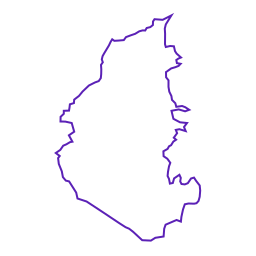 the district of Riozinho, Rio Grande do Sul, Brazil
{"feature_id": "56859067B78422822608746", "entity_name": "Riozinho", "entity_type": "district", "adm_level": 2, "iso_a3": "BRA", "parent_name": "Brazil", "parent_adm1": "Rio Grande do Sul", "projection": "natural_earth1", "projection_center": [-50.384, -29.607], "detail": "fine", "context": "isolated", "style": "outline", "palette": "violet", "viewbox_px": 256, "rotation_deg": 0, "n_neighbors": 0, "source": "geoboundaries", "source_scale": "gbopen_adm2", "svg_char_len": 1860}
<svg xmlns="http://www.w3.org/2000/svg" viewBox="0 0 256 256"><path d="M198.5,201.0L199.7,196.8L200.2,190.6L199.7,185.5L196.0,180.7L194.0,177.6L191.0,178.5L187.8,183.2L184.8,184.4L181.5,184.0L180.2,181.4L180.8,177.9L179.4,174.8L174.1,178.4L172.8,183.0L169.9,183.6L169.0,178.9L167.6,176.0L168.0,171.8L169.0,166.4L170.3,162.8L167.3,158.7L163.6,156.2L163.4,151.3L167.6,148.9L169.0,146.3L171.1,145.2L173.3,141.6L176.1,139.7L173.8,137.7L177.1,133.2L175.8,129.9L179.4,129.2L185.7,131.1L184.0,127.0L187.0,123.0L180.0,122.3L173.4,118.8L172.4,114.6L171.5,110.8L178.7,109.4L185.1,111.3L189.2,109.8L185.2,107.2L182.1,106.0L176.3,106.8L175.3,103.2L172.0,99.9L171.4,96.0L169.3,91.7L168.5,86.9L168.5,80.3L166.1,77.3L166.0,72.1L171.2,68.4L175.3,67.2L178.6,65.9L180.6,63.8L176.9,63.1L176.3,60.0L178.5,58.5L181.0,57.5L176.6,53.6L175.0,51.1L173.9,46.3L170.1,46.0L165.8,47.0L165.0,44.2L165.1,33.9L164.8,28.6L165.8,24.4L171.4,15.4L162.7,19.8L154.5,19.2L153.0,21.5L152.9,25.0L150.3,27.1L146.7,28.0L145.2,30.5L142.6,30.4L139.3,31.3L135.2,33.8L130.8,35.3L126.0,37.1L123.8,40.1L118.0,40.6L114.3,40.8L112.2,39.3L110.6,41.9L108.9,45.5L104.3,53.1L102.6,56.1L101.8,59.4L102.8,62.3L101.0,64.9L101.3,69.2L101.2,74.1L100.8,78.1L98.7,81.1L95.1,82.4L88.9,85.5L82.6,91.5L79.0,95.9L74.2,99.6L73.9,103.1L69.9,104.3L69.5,107.6L69.0,110.6L63.8,110.8L63.8,113.8L60.6,116.8L60.5,121.5L65.3,121.6L71.7,123.0L74.2,131.7L68.9,135.3L72.4,141.7L69.9,142.2L66.4,144.3L63.2,145.7L60.3,149.9L55.8,153.0L59.7,156.0L58.1,158.1L58.8,163.9L61.8,171.3L62.9,177.1L65.8,180.6L69.1,181.4L76.2,192.6L77.5,198.5L86.6,201.5L101.8,211.5L119.5,223.3L125.6,227.2L129.1,228.7L133.1,231.8L142.2,240.2L150.9,240.6L155.3,237.8L163.6,236.5L164.2,228.7L165.6,224.7L176.5,220.0L180.9,221.6L181.4,216.9L183.0,209.5L184.8,204.3L188.5,203.5L194.1,203.7L196.5,203.2L198.5,201.0Z" fill="none" stroke="#5b21b6" stroke-width="2"/></svg>